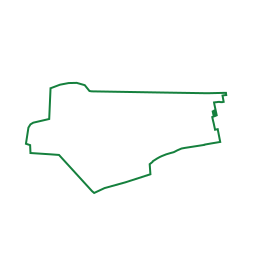 Ánimas Trujano, Oaxaca, Mexico (Equal Earth projection), rotated 78°
{"feature_id": "50627088B99049089169873", "entity_name": "Ánimas Trujano", "entity_type": "district", "adm_level": 2, "iso_a3": "MEX", "parent_name": "Mexico", "parent_adm1": "Oaxaca", "projection": "equal_earth", "projection_center": [-96.715, 16.988], "detail": "fine", "context": "isolated", "style": "outline", "palette": "green", "viewbox_px": 256, "rotation_deg": 78, "n_neighbors": 0, "source": "geoboundaries", "source_scale": "gbopen_adm2", "svg_char_len": 1046}
<svg xmlns="http://www.w3.org/2000/svg" viewBox="0 0 256 256"><g transform="rotate(78 128 128)"><path d="M184.5,174.6L181.9,163.4L180.6,141.9L177.9,115.7L167.9,114.3L167.8,114.1L166.3,111.1L165.7,110.7L164.5,107.5L163.9,105.9L163.0,103.0L162.5,100.8L161.7,96.1L161.3,91.1L161.2,88.9L161.1,88.0L160.1,84.4L159.2,79.9L159.3,76.3L160.4,56.8L160.2,56.7L160.2,55.6L160.4,49.9L160.7,43.2L160.8,40.7L147.8,40.5L147.8,43.2L145.3,43.2L141.2,43.2L137.9,43.3L137.5,43.3L135.0,43.3L134.8,43.3L134.5,41.7L129.4,41.7L129.3,41.3L128.9,40.1L134.3,40.1L134.0,38.6L123.2,38.6L120.9,38.5L121.0,37.1L121.2,35.6L121.2,34.8L121.3,34.0L121.4,33.3L121.8,32.5L122.1,31.3L122.3,30.5L122.3,29.8L122.3,29.0L115.9,28.8L115.9,28.0L116.0,26.6L116.2,25.1L114.0,24.9L113.5,27.3L110.5,43.1L100.3,87.7L84.6,155.9L83.8,158.0L77.1,161.4L73.2,168.8L71.7,176.7L71.5,185.5L73.0,195.3L73.0,195.5L102.8,203.2L103.1,219.6L104.2,222.7L106.9,225.3L122.2,231.1L124.4,227.3L132.2,228.6L137.4,210.1L140.0,201.1L182.3,176.3L184.5,174.6Z" fill="none" stroke="#15803d" stroke-width="2"/></g></svg>